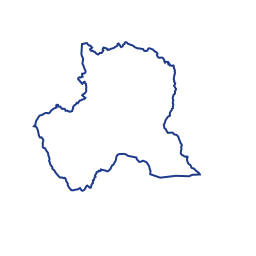 the district of Livramento de Nossa Senhora, Bahia, Brazil, rotated 207°
{"feature_id": "56859067B83597278126172", "entity_name": "Livramento de Nossa Senhora", "entity_type": "district", "adm_level": 2, "iso_a3": "BRA", "parent_name": "Brazil", "parent_adm1": "Bahia", "projection": "albers", "projection_center": [-41.976, -13.8], "detail": "fine", "context": "isolated", "style": "outline", "palette": "blue", "viewbox_px": 256, "rotation_deg": 207, "n_neighbors": 0, "source": "geoboundaries", "source_scale": "gbopen_adm2", "svg_char_len": 5927}
<svg xmlns="http://www.w3.org/2000/svg" viewBox="0 0 256 256"><g transform="rotate(207 128 128)"><path d="M134.9,75.5L134.6,76.7L133.6,76.6L132.9,77.7L133.3,78.7L128.2,79.9L127.0,79.9L126.1,80.7L125.7,81.6L125.4,82.6L125.0,83.9L125.2,85.3L125.2,86.6L125.1,87.5L124.3,88.9L124.2,90.0L124.4,91.1L124.2,92.2L124.2,93.6L124.6,94.8L124.8,95.7L125.2,96.7L125.2,97.8L125.3,98.8L124.6,100.1L124.0,100.8L122.9,101.4L121.9,101.8L121.0,102.5L120.3,102.9L119.5,103.1L118.3,103.5L117.1,103.5L115.4,103.2L107.1,105.5L106.3,104.4L105.4,103.9L104.3,103.6L103.1,103.0L102.2,103.1L101.3,103.7L100.7,104.6L99.7,105.7L98.6,105.8L96.5,105.9L95.5,105.8L91.8,103.5L91.2,102.8L90.5,101.8L89.7,101.0L88.7,100.3L87.9,98.6L87.6,97.7L87.2,96.9L76.7,98.4L64.0,106.9L61.8,108.0L51.7,112.7L49.4,115.5L42.9,119.2L43.8,119.9L45.3,120.3L46.9,120.6L48.0,120.8L49.0,121.1L50.3,121.6L51.3,121.8L52.4,121.3L53.7,121.6L54.5,122.4L55.6,123.3L56.9,123.4L58.0,123.7L58.8,124.3L59.6,125.0L60.6,125.9L61.5,127.6L61.7,129.2L62.6,129.4L63.4,128.6L64.2,128.4L66.1,128.4L67.0,128.6L67.9,128.5L69.2,129.1L70.0,130.3L70.4,131.9L70.7,133.2L71.2,134.1L72.0,135.1L72.0,136.3L72.3,137.2L73.0,137.9L74.3,138.3L75.1,139.3L75.8,139.8L76.6,140.7L77.7,141.3L78.7,142.7L79.8,143.3L80.7,143.6L81.5,143.9L83.9,143.3L85.1,143.6L85.8,144.1L87.0,143.8L88.4,142.9L89.2,142.4L90.3,141.7L91.5,142.5L92.6,143.1L93.4,143.8L94.1,144.2L95.3,144.3L95.9,144.9L96.6,145.9L97.6,147.1L97.5,148.3L97.6,149.5L97.9,150.9L98.0,152.0L97.9,153.5L97.8,154.4L97.7,155.4L97.2,156.8L96.2,157.9L97.1,159.4L97.6,160.9L97.5,162.1L97.3,163.0L97.2,164.0L97.5,164.9L97.0,166.0L97.4,166.9L98.0,167.7L98.1,169.0L98.9,170.2L99.6,170.7L99.9,171.5L100.1,173.2L101.2,174.2L101.8,175.0L102.3,177.3L102.4,178.5L101.8,180.0L102.4,181.2L102.9,182.4L102.7,183.7L103.0,184.7L103.9,185.1L105.2,186.0L106.2,186.6L106.0,187.9L106.3,189.4L107.3,189.8L108.1,190.4L108.4,191.4L109.1,191.9L109.6,192.7L110.0,194.1L110.5,195.3L110.5,196.2L111.0,197.1L111.0,197.9L111.3,198.9L112.2,199.7L112.3,200.5L113.2,201.5L114.2,202.0L115.1,203.7L115.8,204.3L116.6,203.9L117.1,203.2L118.5,203.2L119.3,202.7L120.1,203.1L121.0,203.1L121.9,204.1L121.1,204.4L122.1,205.0L123.4,204.6L124.7,204.0L124.7,203.1L125.7,203.6L126.3,204.7L127.2,205.4L128.1,206.0L129.2,206.3L130.0,205.9L131.2,205.4L132.0,204.7L133.5,204.8L134.6,205.5L135.5,206.3L135.4,207.5L136.3,208.2L137.6,208.4L138.5,208.2L139.4,208.7L140.5,208.8L141.6,209.2L143.7,209.0L144.7,208.8L145.5,208.6L146.0,207.7L145.9,206.2L146.2,205.3L147.1,204.7L147.9,204.3L148.7,204.2L149.5,204.6L150.1,205.1L151.2,205.0L152.3,204.4L153.9,204.2L155.3,203.4L156.4,203.2L157.4,203.2L158.4,203.1L160.9,203.6L162.0,203.6L163.0,203.3L163.9,203.4L165.2,203.1L166.4,203.0L167.1,203.4L168.0,203.6L169.3,203.3L169.5,202.3L169.3,201.1L170.1,200.3L169.9,199.2L169.9,198.2L171.0,196.9L171.8,197.3L172.6,198.0L173.8,198.5L174.8,199.0L175.4,198.2L174.8,196.9L175.3,195.5L176.4,194.5L176.6,193.6L177.1,192.7L178.9,191.1L179.8,189.9L180.4,189.0L181.4,189.1L181.8,188.3L182.6,188.7L183.8,189.2L185.2,188.7L186.1,188.7L186.5,187.8L186.4,186.9L186.1,186.1L185.2,186.0L185.2,184.9L185.4,183.7L185.8,182.6L187.2,182.1L187.5,181.0L188.0,179.9L189.5,179.8L190.6,180.1L192.1,180.8L193.4,180.4L194.7,180.8L195.7,180.0L196.9,180.4L197.6,181.0L197.0,182.3L196.4,183.3L197.6,183.8L198.9,184.3L200.2,183.8L201.9,184.3L203.0,185.0L204.3,184.2L205.3,183.4L206.2,182.5L207.1,181.9L203.1,172.7L202.5,172.1L201.9,171.3L200.9,170.5L199.6,169.6L199.2,168.7L198.2,165.9L198.1,165.1L197.3,164.2L196.3,163.6L195.7,162.9L195.0,162.4L194.0,161.4L193.1,160.6L192.2,160.0L191.6,159.3L191.2,158.4L191.5,157.0L192.5,156.2L193.5,155.6L193.3,154.7L192.5,153.8L191.7,153.1L192.4,152.5L193.1,151.5L194.1,151.4L194.6,150.6L195.0,149.6L194.5,148.8L193.6,148.5L192.6,148.3L191.7,147.6L190.7,147.5L189.5,146.7L188.7,146.6L188.4,147.9L188.3,149.0L187.5,149.5L186.7,148.5L185.7,148.4L185.2,147.5L184.6,146.7L184.0,146.0L183.5,145.1L183.1,143.7L182.1,142.4L181.9,140.7L182.3,139.4L182.9,138.2L183.6,137.2L183.6,136.3L179.7,135.5L179.9,134.4L180.6,133.5L181.4,132.8L182.1,131.9L182.6,131.1L183.6,130.4L183.6,129.2L183.8,128.4L183.9,127.3L185.1,127.2L185.3,125.0L185.8,124.4L186.2,123.6L186.4,122.6L186.4,121.4L185.8,120.7L185.7,118.7L185.5,117.7L186.4,116.7L187.4,116.0L188.6,115.8L189.7,116.0L190.5,115.5L191.5,115.0L192.6,116.1L193.8,116.2L194.5,115.6L195.3,115.1L196.2,115.5L197.2,115.7L198.0,116.3L198.8,115.8L199.9,115.7L200.7,116.8L201.7,116.6L202.2,115.8L201.8,114.6L201.0,113.8L201.9,112.9L202.8,111.7L203.5,110.5L204.1,109.4L204.5,108.0L204.6,106.6L205.0,105.5L205.8,104.8L206.9,104.7L208.0,104.1L208.8,103.3L209.5,102.2L210.0,101.3L210.6,100.6L212.1,99.3L212.5,98.4L212.7,97.2L212.8,94.6L213.1,93.1L212.8,91.4L212.0,88.9L212.4,87.9L212.6,86.9L211.7,87.1L210.9,87.4L210.1,87.2L209.0,86.6L208.1,85.7L207.3,85.0L205.5,82.9L205.0,82.1L204.2,81.2L203.3,80.3L202.0,79.6L200.8,80.4L200.0,80.0L198.6,79.3L197.9,78.7L197.5,77.8L197.3,76.4L197.0,75.3L196.1,74.2L195.6,72.7L194.8,72.0L193.8,72.0L192.7,72.3L191.7,71.6L190.6,70.8L188.7,69.9L188.0,69.4L187.4,68.7L186.9,68.0L186.1,67.0L185.1,66.1L184.1,65.1L183.6,64.2L183.4,62.8L182.2,62.1L181.7,61.2L180.7,60.3L179.9,59.9L178.9,59.2L177.9,58.9L177.3,58.2L176.9,57.4L175.9,57.1L174.7,56.9L173.9,56.5L173.1,55.8L172.2,55.5L171.5,55.0L170.5,54.5L169.5,54.2L167.9,53.5L165.8,53.0L165.0,53.6L164.1,54.0L162.8,54.0L162.2,54.7L161.3,54.8L160.5,54.3L159.7,53.6L158.9,52.6L157.8,51.9L156.4,51.2L155.7,49.6L154.8,49.1L153.9,48.4L152.9,47.8L151.5,47.5L150.4,46.8L149.5,47.2L148.5,47.6L147.6,48.5L146.5,49.4L145.7,49.9L144.9,50.6L143.5,52.7L142.5,52.1L141.4,51.5L140.3,51.3L139.5,52.0L138.9,53.1L138.6,54.6L138.7,55.5L138.8,56.7L138.2,58.2L137.1,58.0L136.0,57.8L135.1,57.4L134.2,57.8L134.1,58.7L134.4,59.6L134.7,60.4L134.7,61.2L134.6,62.3L134.2,63.2L134.9,64.1L135.5,65.4L134.8,65.9L135.0,67.3L135.4,68.9L134.8,69.8L135.9,70.9L135.8,72.0L135.5,73.2L135.9,74.4L134.9,75.5Z" fill="none" stroke="#1e3a8a" stroke-width="2"/></g></svg>